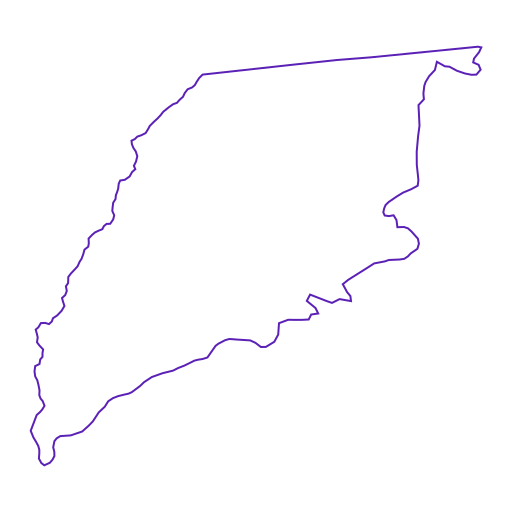 outline of São João do Tigre, Paraíba, Brazil
{"feature_id": "56859067B66408797844540", "entity_name": "São João do Tigre", "entity_type": "district", "adm_level": 2, "iso_a3": "BRA", "parent_name": "Brazil", "parent_adm1": "Paraíba", "projection": "mercator", "projection_center": [-36.816, -8.117], "detail": "fine", "context": "isolated", "style": "outline", "palette": "violet", "viewbox_px": 512, "rotation_deg": 0, "n_neighbors": 0, "source": "geoboundaries", "source_scale": "gbopen_adm2", "svg_char_len": 2769}
<svg xmlns="http://www.w3.org/2000/svg" viewBox="0 0 512 512"><path d="M131.5,140.7L131.9,144.2L133.4,147.9L135.8,151.5L137.3,156.2L136.0,161.6L133.9,165.8L135.3,169.2L132.1,172.0L129.6,176.5L124.8,179.8L120.2,180.5L118.7,183.8L118.2,188.6L117.1,192.1L115.9,195.1L115.5,199.1L113.2,202.7L112.6,207.4L112.3,210.9L114.2,215.3L113.2,219.4L110.2,223.8L106.6,223.9L103.9,226.1L102.3,229.2L98.6,230.7L95.0,232.4L92.2,234.8L88.6,238.5L88.8,243.5L88.2,246.7L84.5,249.6L83.2,254.4L81.5,258.9L79.7,261.6L77.6,266.3L74.3,269.9L71.0,273.4L68.3,276.9L68.1,283.1L65.9,286.3L66.8,290.9L65.2,295.1L62.0,298.0L62.9,301.2L64.4,306.0L61.6,310.8L57.1,315.5L53.0,318.2L51.8,321.5L49.0,324.1L45.2,322.9L40.9,323.1L38.3,327.4L35.7,329.6L36.7,333.1L37.7,337.3L37.0,342.3L39.5,345.6L43.1,349.4L42.5,353.0L42.5,356.8L40.2,359.5L39.5,364.0L35.2,366.1L34.5,371.4L35.2,376.4L37.3,380.3L38.4,384.6L39.5,390.3L39.3,395.2L40.6,398.6L42.7,401.1L44.5,405.8L42.3,409.4L40.2,411.9L36.7,415.0L30.7,430.8L33.4,437.4L36.1,441.9L38.3,446.0L39.3,449.7L39.3,453.6L38.9,458.5L41.3,463.0L44.3,465.3L49.8,462.8L52.5,459.7L54.4,456.0L54.3,451.8L53.2,447.3L54.4,441.2L56.7,438.3L60.3,436.1L70.7,435.4L82.2,431.5L88.8,425.6L92.9,421.3L98.8,412.3L104.8,406.7L108.2,401.3L113.0,398.1L118.2,396.1L123.9,394.7L128.7,393.6L131.9,392.1L140.3,385.8L144.0,382.2L151.9,377.0L162.6,373.2L173.1,370.6L178.2,368.0L184.4,365.6L194.5,360.6L198.1,359.7L202.6,359.0L207.4,357.5L215.6,345.8L218.4,343.7L225.1,340.2L229.3,339.0L232.7,339.2L236.1,339.5L244.0,340.0L250.2,340.4L255.4,342.8L260.9,347.0L265.9,346.9L274.3,341.8L278.2,334.6L279.0,323.2L288.1,319.8L301.1,319.9L308.7,319.5L311.2,314.5L318.2,313.5L315.5,308.0L306.8,300.9L310.1,294.6L326.8,301.1L332.0,302.9L339.6,299.1L351.0,301.1L350.4,296.1L347.1,292.1L342.8,284.2L348.0,280.0L351.6,277.7L367.8,267.5L374.2,263.4L384.8,261.4L388.8,260.0L399.7,259.5L404.3,258.8L407.9,256.4L410.6,253.5L417.4,248.8L418.9,243.7L417.9,238.7L411.5,231.5L407.9,228.3L404.0,227.0L397.4,227.2L396.5,220.1L393.6,215.3L388.9,216.1L384.7,215.5L383.3,212.3L384.2,208.3L385.6,205.0L388.7,202.0L396.9,196.4L403.1,192.6L411.0,189.3L417.7,185.7L418.4,180.3L417.9,175.0L416.8,165.0L416.7,151.7L418.1,136.2L419.5,125.7L418.5,105.1L423.9,99.3L423.4,93.5L424.3,85.8L425.6,82.0L429.1,76.2L434.9,70.0L436.9,61.8L444.9,66.3L449.4,66.7L456.8,70.7L465.0,73.5L471.6,74.8L476.4,74.6L480.6,69.7L478.6,64.8L473.2,62.4L474.0,58.6L479.1,52.1L481.3,47.4L478.1,46.7L371.2,57.3L337.1,60.0L292.9,64.7L202.6,74.6L199.2,78.0L196.7,81.8L194.9,85.0L192.2,87.4L187.6,89.3L184.7,93.1L183.0,96.8L179.6,99.8L176.9,102.9L173.3,104.1L168.9,107.2L163.3,111.7L160.5,115.3L157.5,118.5L153.9,121.8L149.8,125.9L148.1,129.1L145.6,133.1L141.2,135.3L137.3,136.6L134.8,139.1L131.5,140.7Z" fill="none" stroke="#5b21b6" stroke-width="2"/></svg>